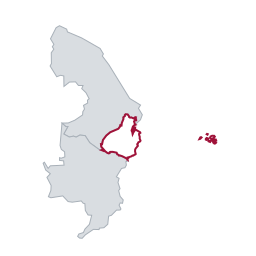 map of Ecuador with Peru and Colombia greyed out, rotated 176°
{"feature_id": "ECU", "entity_name": "Ecuador", "entity_type": "country or territory", "adm_level": 0, "iso_a3": "ECU", "parent_name": "South America", "parent_adm1": "", "projection": "albers", "projection_center": [-81.617, -1.768], "detail": "medium", "context": "with_neighbors", "style": "outline", "palette": "rose", "viewbox_px": 256, "rotation_deg": 176, "n_neighbors": 2, "source": "natural_earth", "source_scale": "50m", "svg_char_len": 3710}
<svg xmlns="http://www.w3.org/2000/svg" viewBox="0 0 256 256"><g transform="rotate(176 128 128)"><path d="M193.5,137.5L187.2,137.2L180.5,139.5L172.4,144.2L171.9,147.5L170.1,149.9L170.8,153.7L166.5,155.7L166.5,158.6L164.7,159.9L167.5,166.2L171.4,170.5L169.9,173.5L174.5,173.9L177.1,177.7L183.2,177.9L189.0,173.9L188.4,184.4L191.6,185.3L195.5,184.1L201.4,195.3L199.9,197.6L199.3,208.4L196.5,211.8L197.8,214.3L196.1,216.6L199.1,222.4L192.7,233.1L189.2,234.8L182.3,230.9L181.7,228.1L168.0,221.1L150.3,209.3L147.4,203.6L148.6,201.6L142.7,192.5L124.3,157.4L113.9,150.0L116.2,146.9L112.8,140.2L115.0,135.3L120.6,130.9L121.4,133.8L119.4,135.4L119.6,138.0L125.3,138.2L128.3,141.8L132.2,138.9L133.6,134.2L137.9,128.1L146.3,125.3L154.0,118.0L156.2,113.5L155.3,108.1L157.1,107.5L167.2,116.0L171.3,123.4L176.5,124.3L180.4,122.5L182.9,123.7L187.2,123.1L192.5,126.5L187.9,133.6L190.0,133.8L193.5,137.5Z" fill="#d9dde1" stroke="#a8b0b8" stroke-width="1"/><path d="M215.1,98.8L213.8,99.7L210.5,93.3L208.1,95.7L194.4,95.4L194.5,99.7L198.6,100.5L198.3,103.2L196.9,102.5L193.0,103.6L192.9,108.7L196.0,111.3L197.0,115.3L193.5,137.5L190.0,133.8L187.9,133.6L192.5,126.5L187.2,123.1L182.9,123.7L180.4,122.5L176.5,124.3L171.3,123.4L167.2,116.0L157.1,107.5L155.3,108.1L148.8,104.1L146.8,105.2L140.9,104.2L139.2,101.2L130.8,97.3L129.9,95.1L132.5,94.6L132.2,91.1L133.8,88.6L137.3,88.1L143.0,80.1L140.4,78.4L141.8,74.4L140.2,68.0L141.7,66.2L140.6,60.3L137.8,56.6L138.7,53.3L141.0,53.8L142.3,51.7L140.7,47.7L141.6,46.7L145.2,46.9L150.6,42.1L153.5,41.4L154.9,33.4L159.0,30.2L163.5,30.1L164.0,28.7L169.6,29.3L178.0,24.4L181.4,21.2L184.0,21.6L185.8,23.4L184.4,25.7L179.8,26.8L178.0,30.2L173.2,34.6L170.3,43.5L173.9,44.0L176.3,48.7L176.3,55.5L178.0,56.1L179.7,58.5L188.8,57.9L192.9,58.8L197.8,64.8L209.8,63.8L212.2,65.0L209.3,71.1L208.7,76.0L212.3,84.4L208.7,87.8L213.0,91.8L215.1,98.8Z" fill="#d9dde1" stroke="#a8b0b8" stroke-width="1"/><path d="M155.9,107.8L154.5,108.2L153.5,107.9L156.0,111.2L156.1,113.8L155.0,113.6L153.8,117.8L150.2,122.0L146.0,125.0L137.7,127.9L135.4,130.5L135.6,131.3L135.1,131.5L134.7,130.8L134.3,130.8L133.8,133.5L131.9,137.3L131.9,139.0L130.3,140.1L130.3,141.1L129.5,141.9L127.4,141.6L126.2,139.7L126.1,138.8L125.2,138.2L124.1,138.4L121.7,137.1L120.0,138.3L119.4,138.1L120.2,136.5L119.3,136.2L119.3,135.1L120.6,135.1L121.5,134.2L120.8,131.0L120.4,130.7L121.6,130.3L123.0,129.1L124.6,125.1L124.0,123.5L123.8,121.5L123.5,122.0L123.6,124.0L123.2,124.8L122.5,124.9L122.7,123.5L120.7,126.0L116.2,122.9L116.0,122.3L117.3,121.5L117.4,120.5L116.9,118.4L117.1,116.7L116.4,114.5L116.8,113.8L118.8,112.9L119.5,111.1L120.8,111.3L120.0,111.1L119.4,109.5L121.8,107.0L122.4,105.9L122.6,104.1L122.1,101.5L122.5,101.1L123.4,100.9L124.6,100.1L125.5,100.2L126.5,99.5L130.5,98.5L131.0,97.9L130.8,96.8L132.0,98.0L135.6,100.2L138.0,101.2L138.9,101.1L139.3,101.9L140.6,102.5L141.1,104.2L145.0,105.3L147.4,105.4L147.9,105.2L148.1,104.2L149.0,104.0L150.4,104.6L152.4,106.4L153.5,106.6L155.9,107.8ZM42.9,106.4L44.0,107.5L44.2,108.8L45.6,110.1L45.8,111.4L46.9,112.5L46.2,113.8L44.6,114.4L42.6,114.2L42.0,113.3L43.1,112.2L44.5,111.6L44.6,111.1L42.9,109.3L42.4,107.4L41.6,107.6L41.2,107.2L42.0,106.5L42.9,106.4ZM50.2,112.6L48.7,111.9L48.8,111.3L49.2,110.8L50.6,110.6L51.2,111.0L51.1,111.8L50.2,112.6ZM122.1,126.9L121.7,128.1L120.8,128.0L121.2,126.3L122.2,125.7L123.4,126.1L122.1,126.9ZM42.5,110.5L41.2,110.4L40.9,109.3L42.2,109.0L42.7,109.5L42.5,110.5ZM56.6,113.5L55.8,113.8L55.3,113.4L56.6,112.2L57.5,112.0L56.6,113.5ZM48.5,109.5L46.8,109.5L46.4,109.1L47.0,108.3L48.6,109.1L48.5,109.5ZM49.6,116.6L48.9,116.3L49.2,115.8L49.9,116.3L49.6,116.6ZM130.4,98.2L129.9,97.9L130.5,97.4L130.4,98.2Z" fill="none" stroke="#9f1239" stroke-width="2"/></g></svg>